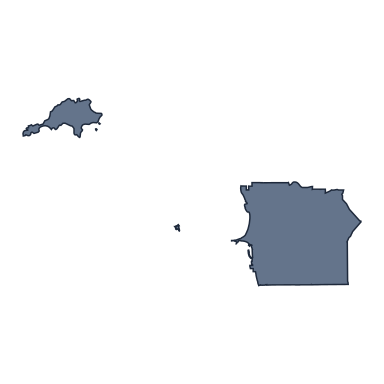 Cockburn, Western Australia, Australia (Equal Earth projection)
{"feature_id": "25037944B92381930700505", "entity_name": "Cockburn", "entity_type": "district", "adm_level": 2, "iso_a3": "AUS", "parent_name": "Australia", "parent_adm1": "Western Australia", "projection": "equal_earth", "projection_center": [115.746, -32.084], "detail": "fine", "context": "isolated", "style": "filled", "palette": "slate", "viewbox_px": 384, "rotation_deg": 0, "n_neighbors": 0, "source": "geoboundaries", "source_scale": "gbopen_adm2", "svg_char_len": 5665}
<svg xmlns="http://www.w3.org/2000/svg" viewBox="0 0 384 384"><path d="M361.0,221.9L360.8,221.4L360.8,221.1L360.1,221.0L359.6,220.7L349.4,209.4L346.5,203.8L342.5,199.5L342.5,199.4L342.5,195.7L341.8,194.5L342.0,194.0L342.8,193.2L343.6,190.0L338.4,190.0L337.6,189.6L337.0,189.5L333.9,190.1L332.0,190.1L331.6,189.9L330.0,191.0L328.4,191.8L325.3,193.1L325.3,192.5L325.4,192.4L325.4,191.1L325.3,189.2L320.9,189.2L320.9,189.3L320.1,189.3L320.1,189.2L316.7,189.2L312.9,189.2L312.3,189.4L312.5,186.5L311.3,186.6L308.5,187.3L307.4,187.5L306.0,187.5L302.3,187.5L301.6,187.2L300.8,186.6L300.3,186.1L298.4,183.7L297.6,183.0L297.0,182.6L296.5,182.3L295.1,182.0L294.0,182.0L293.5,182.1L293.1,182.3L292.4,182.9L291.6,184.0L291.1,184.4L290.6,184.7L289.4,185.2L289.2,184.6L288.4,182.5L288.0,182.7L272.6,182.7L262.1,182.8L262.1,182.7L260.3,182.7L260.0,182.6L252.0,182.6L252.0,183.1L252.0,186.2L249.1,186.2L248.9,186.1L248.7,186.1L248.7,189.9L246.3,189.9L246.3,186.1L241.2,186.0L241.0,185.9L240.8,186.8L240.7,187.8L240.7,188.8L240.8,189.7L240.9,190.7L241.1,191.6L241.4,192.6L242.3,193.9L242.8,194.5L243.8,196.4L244.6,198.3L244.9,199.3L245.0,199.4L245.1,199.6L245.7,201.0L245.5,201.3L245.6,201.5L245.9,202.0L246.6,202.3L246.9,202.8L247.1,203.6L244.8,204.3L244.5,205.0L244.7,206.3L245.3,207.4L245.0,207.8L245.7,209.6L246.9,211.4L247.5,212.0L248.7,212.0L249.3,212.6L249.5,213.2L249.8,214.7L249.9,216.0L249.9,218.3L249.8,219.3L249.5,222.0L249.3,223.7L248.5,227.1L247.9,229.4L246.3,233.1L245.9,233.9L245.5,234.8L245.0,235.5L243.7,236.6L242.0,237.6L241.6,237.8L240.6,238.7L240.1,238.6L239.0,239.0L237.3,239.6L236.9,239.8L235.8,240.2L235.1,240.1L233.7,240.4L232.6,240.5L231.6,240.5L231.6,240.9L231.9,240.9L232.2,240.7L232.6,240.7L233.8,240.7L234.2,240.8L235.0,241.3L236.0,241.6L236.5,242.0L236.9,242.5L236.7,242.9L236.3,243.5L236.2,243.8L236.3,243.8L236.4,243.7L236.9,242.9L237.2,242.3L237.3,242.3L238.1,241.9L238.5,240.9L238.8,240.7L239.1,240.6L240.3,240.7L240.9,240.8L241.0,240.8L241.8,241.0L243.0,241.0L244.6,241.3L246.5,241.9L247.7,242.6L248.4,243.2L248.9,243.8L248.6,245.3L248.8,245.4L249.5,246.1L249.6,245.9L248.8,245.1L249.0,244.3L249.0,244.1L249.4,244.2L249.4,244.4L249.5,244.5L250.8,244.8L250.7,245.0L250.8,245.1L250.9,244.8L251.2,244.8L251.5,245.0L251.8,245.2L251.3,245.6L251.2,245.9L252.3,249.1L252.2,249.1L252.2,249.9L252.4,254.7L252.6,257.5L252.2,257.5L251.5,257.7L251.0,257.5L249.7,255.7L249.1,253.7L249.2,252.1L248.7,250.1L248.1,250.3L248.1,250.7L248.4,253.6L249.1,256.1L250.6,258.1L251.4,258.4L252.2,258.4L252.2,259.5L252.1,260.4L252.1,261.2L252.1,261.4L251.9,261.5L251.6,261.3L251.5,261.5L251.5,261.8L251.4,261.9L251.7,264.1L252.0,264.1L252.6,264.8L252.6,265.4L249.9,265.4L249.9,265.5L249.9,266.4L250.4,268.6L253.2,268.6L253.2,271.6L255.5,271.7L256.0,274.4L256.1,275.4L256.6,277.8L257.3,280.6L257.7,281.6L257.9,283.1L258.1,283.9L258.2,284.0L258.3,284.3L258.6,284.9L258.7,285.5L259.2,285.3L259.3,285.4L259.8,285.2L260.4,285.2L260.5,284.9L261.6,285.2L264.9,285.1L265.4,285.0L265.8,285.0L265.8,284.7L266.2,284.7L266.8,284.6L266.8,285.1L272.7,284.9L294.8,284.8L295.3,284.9L299.9,284.9L300.0,284.8L311.2,284.8L311.3,284.6L311.5,284.8L315.4,284.7L318.1,284.7L321.1,284.6L321.3,284.6L348.2,284.4L348.0,282.3L347.6,281.4L347.3,242.1L347.0,241.9L348.8,237.9L349.1,237.4L350.3,236.5L350.8,235.7L351.0,235.2L351.4,234.2L351.9,233.3L352.5,231.8L352.7,231.5L361.0,221.9ZM89.3,105.0L89.4,104.4L90.8,102.4L90.9,101.5L89.4,100.0L88.3,99.3L87.3,99.3L85.7,100.2L84.5,100.2L80.0,101.5L79.3,100.9L79.8,99.3L79.3,98.5L78.4,98.5L77.1,99.2L77.4,100.3L77.2,101.5L75.8,102.8L75.2,102.8L73.7,100.5L71.4,100.7L69.8,98.9L69.1,98.6L67.8,98.8L64.5,101.4L62.1,102.0L60.3,104.5L59.4,104.9L57.9,104.9L56.9,106.0L54.9,106.9L53.2,109.6L51.9,111.3L50.5,111.8L49.9,115.9L48.9,118.6L48.0,119.4L44.8,120.8L43.1,124.0L39.4,125.2L38.7,125.0L38.1,124.2L37.2,124.1L33.1,125.9L32.6,125.9L31.4,124.8L29.9,125.6L28.4,125.9L28.5,127.8L27.0,127.8L26.3,128.5L26.7,129.3L27.6,129.6L27.7,130.2L25.2,130.5L24.2,131.0L23.4,132.0L23.0,133.7L23.3,136.0L25.1,135.6L25.9,134.8L28.1,135.7L29.6,135.5L30.6,134.5L31.0,132.7L31.5,132.3L32.5,132.3L34.0,133.4L38.1,132.2L39.2,131.0L38.8,129.2L39.4,127.9L40.4,127.0L42.9,126.0L45.2,125.7L47.6,126.2L49.5,127.4L51.4,129.5L52.2,128.2L53.4,127.8L54.2,128.0L55.3,129.4L55.8,129.5L57.0,128.7L59.3,125.3L59.9,125.1L60.8,125.4L62.9,123.3L65.1,123.2L70.4,125.7L72.3,126.2L74.0,128.5L74.0,133.1L74.3,134.1L75.1,134.9L76.7,134.7L78.6,136.8L79.7,137.4L80.1,136.8L80.5,133.1L81.1,132.0L82.3,130.7L82.5,129.8L81.3,128.3L81.3,127.5L81.7,126.3L82.5,125.1L83.5,124.5L85.1,124.1L89.1,124.4L91.3,123.0L93.1,122.5L96.7,122.8L98.0,121.6L98.9,119.2L99.9,117.3L101.9,115.2L101.9,114.1L101.3,113.4L96.7,113.2L96.2,113.1L95.8,113.0L95.5,112.6L94.7,112.3L93.7,111.8L92.4,110.7L91.8,110.3L90.8,109.2L89.3,105.0ZM177.9,225.2L177.9,225.5L177.3,225.7L177.3,225.8L177.1,226.0L176.9,226.0L176.7,226.1L176.4,225.8L176.2,225.8L176.0,226.0L175.7,226.3L175.8,226.4L175.8,226.5L175.6,226.6L175.5,226.4L175.4,226.4L175.3,226.6L174.8,226.6L175.1,227.0L175.3,227.4L175.5,227.5L175.7,228.0L175.8,228.1L176.1,228.0L176.3,228.1L176.3,228.3L176.2,228.5L175.7,228.9L175.8,229.1L176.0,229.3L176.3,229.5L176.8,229.1L177.4,229.2L177.7,229.1L177.9,228.8L178.0,228.8L178.3,229.1L178.3,229.6L178.7,230.0L178.8,230.6L179.3,231.0L179.5,230.7L179.4,229.8L179.2,229.1L179.2,228.9L179.0,228.3L179.0,227.9L178.6,226.9L178.5,226.3L178.6,226.0L178.7,225.9L179.0,226.0L179.2,225.9L179.0,225.5L178.2,225.0L178.2,224.8L177.8,225.0L177.9,225.2ZM96.3,130.5L97.0,129.6L96.5,128.9L95.9,128.8L95.6,129.0L95.7,129.8L96.3,130.5ZM99.6,124.2L100.1,123.8L99.1,122.9L98.8,123.5L99.2,124.0L99.6,124.2Z" fill="#64748b" stroke="#1e293b" stroke-width="1.5"/></svg>